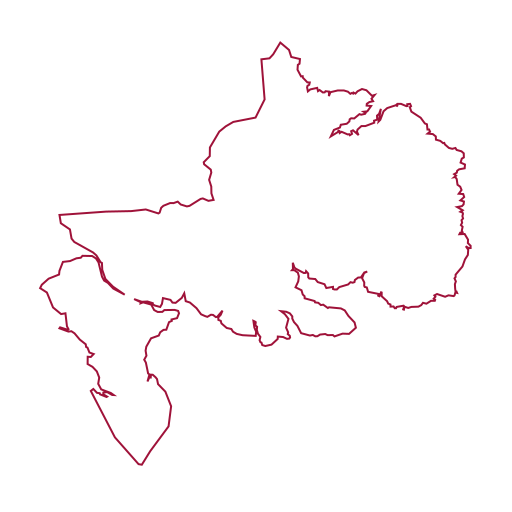 outline of Tomil, Yap, Federated States of Micronesia, rotated 273°
{"feature_id": "79324940B66206681775054", "entity_name": "Tomil", "entity_type": "district", "adm_level": 2, "iso_a3": "FSM", "parent_name": "Federated States of Micronesia", "parent_adm1": "Yap", "projection": "orthographic", "projection_center": [138.15, 9.542], "detail": "fine", "context": "isolated", "style": "outline", "palette": "rose", "viewbox_px": 512, "rotation_deg": 273, "n_neighbors": 0, "source": "geoboundaries", "source_scale": "gbopen_adm2", "svg_char_len": 6105}
<svg xmlns="http://www.w3.org/2000/svg" viewBox="0 0 512 512"><g transform="rotate(273 256 256)"><path d="M286.7,57.6L278.5,59.4L272.8,68.8L263.7,70.9L260.5,73.8L251.0,93.1L248.2,96.6L241.6,101.2L241.0,102.5L234.1,103.2L225.2,106.8L217.9,114.8L210.5,126.9L216.0,115.2L221.4,109.5L223.5,105.6L227.3,103.3L241.3,99.1L245.2,96.3L247.4,92.4L247.1,82.7L245.1,81.1L244.3,76.8L241.2,70.5L240.0,63.5L230.9,60.5L227.2,60.3L222.5,50.1L216.1,43.6L212.6,42.1L208.6,49.1L194.0,56.0L187.8,64.4L188.8,68.7L175.9,70.9L173.1,72.6L172.5,71.9L174.5,64.1L173.5,63.5L170.7,72.6L171.2,75.6L169.3,78.8L163.3,84.4L158.9,90.6L156.3,91.1L155.7,92.5L150.9,94.7L149.6,99.0L146.5,96.3L146.6,93.2L139.3,93.5L136.7,98.6L132.4,103.1L126.4,105.8L120.1,105.1L114.7,108.4L111.6,118.2L109.7,121.2L109.7,119.6L112.3,114.5L111.6,110.7L109.9,110.7L107.8,114.7L107.4,114.1L109.7,107.5L110.8,107.1L111.0,104.4L114.7,100.5L112.6,98.1L67.5,124.6L42.0,149.6L41.6,152.9L55.6,160.6L81.3,177.6L101.5,179.1L115.8,172.6L122.9,164.9L127.9,163.6L129.7,162.0L132.0,159.1L132.0,157.3L129.1,157.2L129.1,155.8L125.0,154.2L132.1,155.8L133.1,154.4L143.8,151.6L146.6,149.8L150.7,151.8L155.7,150.7L159.7,151.2L168.3,155.5L171.5,163.1L174.8,164.3L177.4,167.5L177.7,170.3L185.4,172.6L186.8,175.3L188.2,175.0L189.8,180.4L194.8,182.1L197.1,181.1L197.9,177.6L197.2,167.3L195.3,165.4L195.0,160.7L196.7,157.1L202.0,153.9L203.8,145.7L202.7,143.2L203.8,143.4L206.6,136.5L204.3,144.4L204.9,150.0L203.5,155.4L202.2,155.6L201.2,157.7L200.1,163.0L203.3,164.6L209.1,165.3L207.7,172.9L205.1,175.0L205.0,178.2L210.3,184.1L215.0,186.3L207.2,188.2L206.1,192.4L200.8,199.3L194.9,204.2L193.3,208.4L192.7,210.6L195.0,214.1L194.9,216.2L192.9,219.1L193.2,220.4L199.7,225.4L195.5,223.9L192.6,221.5L190.2,221.8L189.4,224.2L186.9,225.0L182.6,230.5L181.8,235.2L179.2,237.0L177.2,240.8L176.2,246.7L176.2,259.9L180.4,260.1L184.5,258.1L191.1,256.8L190.6,258.1L189.9,259.2L186.7,259.0L185.4,260.8L182.3,260.7L178.5,262.0L175.4,264.6L172.1,264.0L170.2,264.9L169.8,266.0L167.4,266.9L166.6,270.0L168.3,276.1L174.3,282.0L176.7,282.0L176.5,287.3L174.9,291.3L175.3,293.6L176.5,294.3L178.1,293.9L179.7,291.8L181.5,292.1L186.0,289.8L194.9,291.7L199.4,287.9L202.2,283.9L201.9,289.1L200.5,292.8L197.6,295.4L195.4,295.5L192.0,297.4L188.4,301.0L181.3,305.1L179.4,314.0L180.1,316.9L178.9,319.4L179.1,321.5L180.9,324.1L181.7,329.2L180.7,331.7L181.1,336.9L179.8,338.6L183.0,346.5L183.1,353.0L189.6,359.5L194.8,357.9L201.0,351.4L206.3,347.5L208.1,343.5L208.6,331.6L207.8,330.5L210.9,325.7L210.4,323.3L212.5,320.7L212.8,317.4L214.1,316.9L216.3,306.8L218.4,306.6L220.0,304.7L224.2,303.2L226.8,297.1L232.8,299.5L237.9,299.9L241.5,298.7L243.8,295.1L243.7,292.7L244.9,293.6L251.2,293.1L246.5,295.0L245.4,296.4L241.5,304.7L241.7,306.4L243.5,306.8L241.3,309.0L237.4,309.3L236.3,310.4L236.1,316.4L233.2,319.0L231.4,325.9L227.7,327.9L229.2,334.5L227.1,334.6L226.7,336.1L226.8,338.5L229.3,340.8L232.4,349.5L234.8,351.7L234.4,354.0L235.1,355.7L237.2,356.0L239.8,359.1L240.1,361.9L245.2,365.0L246.3,367.9L244.6,364.8L239.4,363.1L235.3,365.5L231.9,365.6L230.8,366.2L230.4,368.3L226.1,369.8L224.5,380.6L222.8,380.1L222.3,381.3L226.3,382.8L226.1,383.4L222.4,383.6L217.7,389.3L215.4,390.5L214.6,392.8L212.5,393.0L212.8,396.0L211.1,397.3L211.2,398.6L212.5,399.1L214.1,406.0L213.5,406.6L210.4,405.8L210.2,406.5L213.1,407.0L212.1,410.7L213.3,413.9L213.9,420.8L215.6,423.6L218.0,425.2L217.3,428.7L220.4,433.1L220.6,436.9L221.6,437.2L222.7,435.7L224.7,437.3L226.0,436.2L227.5,438.8L225.2,447.0L226.8,450.3L226.3,455.5L227.0,456.3L230.0,457.0L229.7,458.7L231.1,458.0L231.1,457.1L233.8,456.6L238.3,456.1L241.1,456.9L244.1,455.4L245.4,456.4L247.8,456.3L256.3,462.7L263.6,464.9L268.1,467.5L273.4,467.6L276.7,465.0L275.0,468.0L275.2,469.9L277.4,469.8L280.0,466.9L283.4,466.9L288.9,463.2L288.4,458.0L290.0,458.7L290.7,461.0L292.2,460.2L296.0,460.8L297.6,459.0L300.0,460.1L302.5,459.4L304.3,460.8L306.7,460.0L308.9,460.5L310.2,460.0L310.9,457.8L312.5,460.0L315.4,454.3L316.6,459.1L318.4,460.6L321.3,460.8L322.2,457.2L325.8,460.8L328.7,459.7L328.8,455.2L332.7,457.8L335.9,456.3L337.7,453.5L343.4,452.4L345.3,450.8L345.1,449.9L346.7,451.6L348.1,449.6L349.8,452.2L351.6,452.4L353.2,454.3L354.5,459.8L358.3,459.9L360.0,455.4L364.0,456.4L365.3,458.4L369.4,458.1L371.3,455.7L372.4,450.8L374.3,449.5L373.3,446.4L374.0,443.0L377.3,438.8L378.8,438.1L378.5,436.9L380.6,434.0L381.6,429.6L384.8,429.3L387.0,426.2L387.2,421.0L389.3,423.3L391.4,422.2L391.3,420.6L396.5,419.8L397.2,417.7L402.7,413.2L408.3,403.6L412.6,401.8L413.7,403.0L416.0,401.9L415.5,399.1L413.7,399.4L413.5,398.4L415.5,392.9L415.3,389.2L414.6,388.5L412.9,389.7L413.9,387.8L410.6,379.3L407.2,375.8L398.5,373.0L396.7,371.4L409.5,373.0L404.4,371.5L402.5,369.5L398.5,369.9L397.3,366.8L395.3,367.1L391.5,358.5L391.3,354.5L387.6,350.8L385.4,350.3L382.1,352.1L386.6,346.3L385.6,344.5L383.0,345.5L381.5,343.4L382.5,342.7L382.2,341.2L384.5,335.0L383.2,333.2L385.2,332.8L385.5,331.8L384.0,331.2L379.4,324.5L386.0,327.2L388.7,333.1L391.5,333.8L392.8,339.7L395.3,342.2L397.4,342.4L398.5,343.8L398.5,346.9L403.1,351.9L402.6,353.6L403.7,357.5L404.6,358.0L405.7,356.0L406.3,359.6L411.8,363.1L412.0,358.6L413.8,358.7L415.7,361.2L416.7,364.8L419.1,363.1L423.0,366.0L422.1,363.4L427.3,357.6L428.3,353.1L425.8,348.8L423.4,346.8L424.3,344.8L423.3,344.5L423.8,343.1L422.9,341.7L424.9,339.2L425.9,335.1L425.6,329.0L423.5,321.8L419.5,320.4L424.0,320.4L424.2,316.8L423.0,316.0L422.8,314.2L425.1,310.8L423.9,309.3L427.1,308.3L425.2,301.5L423.1,299.2L427.0,298.2L428.6,298.5L429.8,300.2L432.1,300.6L432.1,298.2L436.5,293.5L438.0,293.2L437.7,291.6L444.2,287.7L449.1,287.8L450.3,289.4L455.0,289.6L456.6,280.8L463.5,278.2L470.4,269.1L458.3,262.6L454.1,259.1L452.7,251.1L412.8,256.4L394.2,248.3L388.7,226.3L383.9,219.0L378.3,212.8L362.0,204.3L353.3,204.6L346.9,198.9L344.9,199.4L339.9,206.3L337.0,207.0L329.6,205.2L323.0,207.7L316.2,208.2L309.8,210.7L308.6,205.6L310.7,199.9L310.1,197.7L302.6,187.0L301.9,184.4L303.5,178.1L306.2,175.0L304.5,170.9L304.4,167.5L301.3,160.9L299.2,158.8L294.3,157.5L293.4,156.3L296.7,143.5L294.3,129.0L292.5,104.1L286.7,57.6Z" fill="none" stroke="#9f1239" stroke-width="2"/></g></svg>